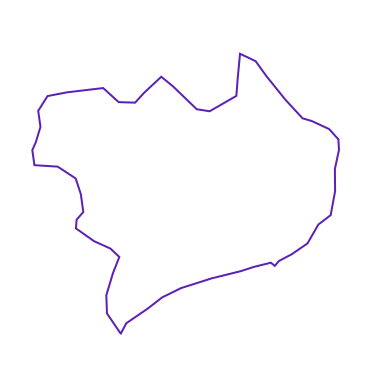 Vännäs, Västerbotten, Sweden (Albers equal-area conic projection), rotated 262°
{"feature_id": "70781695B10556345050301", "entity_name": "Vännäs", "entity_type": "district", "adm_level": 2, "iso_a3": "SWE", "parent_name": "Sweden", "parent_adm1": "Västerbotten", "projection": "albers", "projection_center": [19.683, 63.961], "detail": "fine", "context": "isolated", "style": "outline", "palette": "violet", "viewbox_px": 384, "rotation_deg": 262, "n_neighbors": 0, "source": "geoboundaries", "source_scale": "gbopen_adm2", "svg_char_len": 861}
<svg xmlns="http://www.w3.org/2000/svg" viewBox="0 0 384 384"><g transform="rotate(262 192 192)"><path d="M107.3,263.7L111.6,268.5L116.4,281.9L125.0,299.2L142.2,312.6L149.8,326.1L172.8,333.8L194.9,336.7L213.2,343.4L221.6,344.1L223.7,344.3L235.2,336.6L245.7,320.3L249.6,311.7L270.6,297.2L296.4,281.8L312.7,273.2L322.2,258.8L298.3,253.1L281.0,249.3L269.5,220.7L273.3,208.2L299.0,188.1L310.4,177.6L297.0,158.5L288.4,148.1L291.2,131.9L307.3,118.5L308.1,82.3L307.1,62.3L293.8,51.0L277.6,51.0L263.3,44.4L255.7,39.7L241.0,39.7L240.5,39.7L235.8,62.5L221.6,78.7L205.4,81.6L187.3,81.6L180.7,73.9L172.1,72.0L156.9,88.2L147.3,103.4L137.8,111.0L122.6,102.4L101.7,92.8L83.6,90.9L62.6,101.2L61.8,101.9L62.7,102.5L71.2,108.7L82.7,131.9L91.8,147.8L98.4,167.9L103.8,199.7L106.8,229.1L109.2,242.6L111.0,260.3L107.3,263.7Z" fill="none" stroke="#5b21b6" stroke-width="2"/></g></svg>